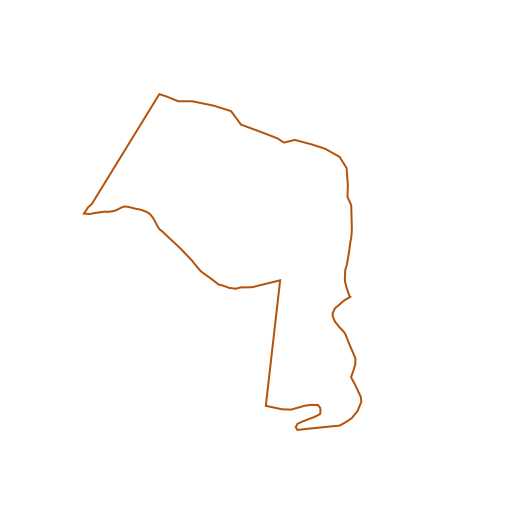 the district of Christian Hill, Choiseul, Saint Lucia, rotated 238°
{"feature_id": "8701671B2341246797828", "entity_name": "Christian Hill", "entity_type": "district", "adm_level": 2, "iso_a3": "LCA", "parent_name": "Saint Lucia", "parent_adm1": "Choiseul", "projection": "robinson", "projection_center": [-61.047, 13.774], "detail": "fine", "context": "isolated", "style": "outline", "palette": "amber", "viewbox_px": 512, "rotation_deg": 238, "n_neighbors": 0, "source": "geoboundaries", "source_scale": "gbopen_adm2", "svg_char_len": 1600}
<svg xmlns="http://www.w3.org/2000/svg" viewBox="0 0 512 512"><g transform="rotate(238 256 256)"><path d="M444.5,259.8L387.1,144.3L386.3,139.6L384.1,134.6L383.2,132.6L379.5,137.5L378.6,140.4L376.4,145.4L374.7,149.2L374.0,151.0L372.2,153.2L369.7,158.6L368.9,161.9L368.3,168.5L367.6,170.8L365.8,173.2L363.1,175.9L359.8,179.0L357.4,181.7L355.0,183.9L351.6,186.4L350.2,187.3L346.7,188.5L341.8,188.9L335.1,188.4L333.4,188.2L329.8,188.4L325.9,189.7L316.6,192.1L302.5,195.9L295.5,197.3L286.0,199.3L281.0,199.8L272.3,201.1L267.7,202.9L262.5,205.1L257.1,207.2L251.9,209.0L247.9,212.7L243.1,216.4L238.9,221.6L237.6,226.2L233.6,232.7L231.4,236.7L227.9,247.6L222.6,263.6L123.7,184.9L112.1,197.0L107.2,204.2L103.3,217.6L100.9,223.2L96.8,229.6L93.2,230.0L90.6,228.7L88.0,226.6L88.4,221.2L91.0,207.8L91.7,202.4L89.8,199.0L86.5,199.0L82.5,207.4L70.8,231.2L67.8,237.1L67.5,245.1L67.8,251.4L70.8,260.1L76.6,268.1L81.0,270.2L95.4,271.9L102.0,272.3L102.7,272.3L107.5,278.2L111.5,282.8L116.6,286.1L133.1,288.6L141.9,290.3L145.2,290.3L151.5,289.0L158.4,288.2L163.9,289.0L166.9,290.7L169.8,295.3L171.6,307.5L171.4,314.3L172.6,314.0L181.3,316.1L187.6,318.1L190.2,319.7L191.0,320.2L192.3,321.1L197.0,324.4L200.3,328.3L205.8,333.2L209.0,336.1L216.9,342.6L218.4,343.9L220.8,346.3L225.4,349.7L228.8,352.0L241.2,359.3L248.5,363.6L250.2,363.9L257.7,364.9L267.5,371.5L282.5,379.4L295.8,379.4L310.2,371.5L321.2,362.3L333.9,350.4L337.3,339.9L342.5,337.4L344.2,336.6L350.5,332.0L355.8,328.0L375.4,312.9L392.1,311.6L406.0,299.7L421.0,283.9L428.5,272.0L439.4,264.1L444.5,259.8Z" fill="none" stroke="#b45309" stroke-width="2"/></g></svg>